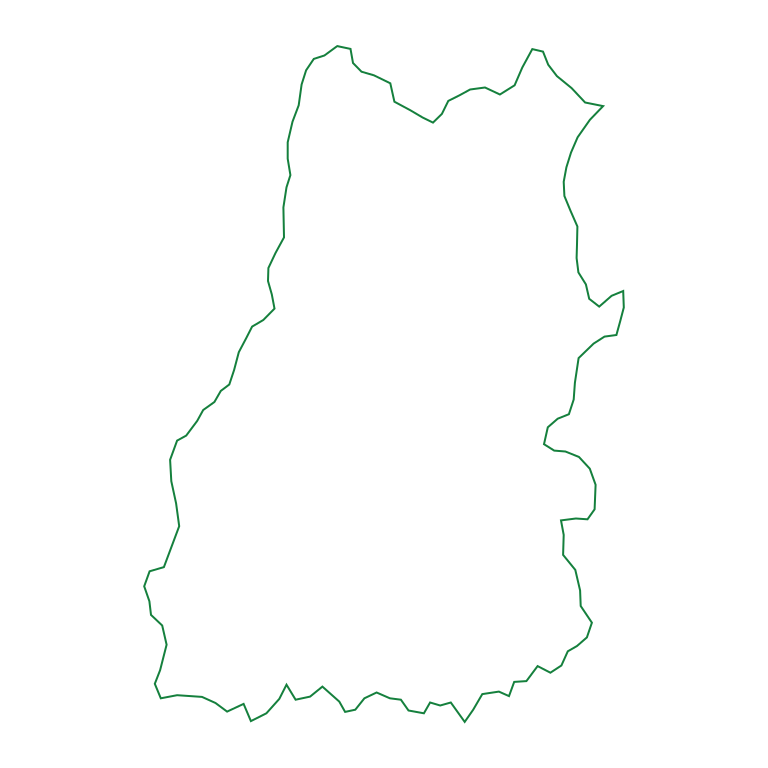 Arceburgo, Minas Gerais, Brazil (Equal Earth projection)
{"feature_id": "56859067B4673789538308", "entity_name": "Arceburgo", "entity_type": "district", "adm_level": 2, "iso_a3": "BRA", "parent_name": "Brazil", "parent_adm1": "Minas Gerais", "projection": "equal_earth", "projection_center": [-46.936, -21.353], "detail": "fine", "context": "isolated", "style": "outline", "palette": "green", "viewbox_px": 768, "rotation_deg": 0, "n_neighbors": 0, "source": "geoboundaries", "source_scale": "gbopen_adm2", "svg_char_len": 1894}
<svg xmlns="http://www.w3.org/2000/svg" viewBox="0 0 768 768"><path d="M603.1,106.1L585.1,102.5L571.6,88.1L556.9,76.1L548.2,64.7L543.0,51.6L532.3,49.1L522.3,67.5L514.6,85.3L499.9,94.5L485.0,87.5L470.1,89.5L459.5,95.3L448.3,100.9L441.9,113.9L433.0,122.6L422.6,117.5L410.4,110.3L394.4,101.7L390.3,83.3L373.9,75.3L361.5,71.7L353.0,63.0L350.5,48.9L337.2,46.1L324.4,55.5L313.8,58.9L306.1,70.3L301.6,84.5L298.7,105.3L292.5,121.7L287.7,142.3L287.7,158.7L290.4,175.1L286.5,187.3L283.4,207.4L284.0,237.4L275.5,253.0L268.4,268.0L268.0,281.0L271.8,294.4L274.5,308.6L263.3,320.0L252.1,326.6L246.3,338.0L238.8,352.2L234.1,370.0L229.3,384.5L220.8,390.9L214.4,402.0L203.2,410.0L197.2,420.9L186.2,435.6L177.1,440.6L170.1,459.8L171.3,481.2L176.1,503.4L179.2,526.2L163.9,567.1L149.6,571.3L144.2,586.3L149.4,601.3L151.0,614.9L162.2,625.5L166.6,644.7L160.1,670.2L154.8,683.8L160.8,698.3L177.1,695.2L202.0,696.9L215.5,703.0L227.1,711.6L243.6,703.9L250.9,721.1L266.4,713.3L279.3,698.9L286.5,684.7L295.6,699.7L310.1,696.6L322.4,686.6L339.3,701.6L345.1,711.9L355.3,709.7L364.4,698.3L376.6,692.5L389.9,698.3L400.9,699.7L408.5,710.5L423.9,713.3L430.1,702.5L440.2,705.5L450.8,702.5L464.7,721.9L473.2,709.7L482.3,694.1L498.9,691.6L509.0,696.1L514.2,681.9L526.4,681.1L537.6,666.1L550.4,672.7L561.4,665.5L567.8,651.3L577.0,646.0L586.9,637.4L591.9,622.7L580.7,606.0L580.1,590.5L575.3,569.9L563.1,554.9L563.7,534.9L561.0,520.4L575.9,518.5L587.5,519.3L594.6,509.3L595.6,484.8L589.8,468.7L579.0,457.0L565.4,451.5L554.2,450.6L544.0,444.2L547.8,427.3L557.7,418.7L568.9,414.2L573.7,399.5L574.9,382.8L578.6,358.1L593.6,343.6L604.5,336.6L616.4,335.0L620.1,321.6L623.8,307.5L623.2,291.0L611.6,295.8L599.2,306.6L589.2,298.8L585.9,284.4L578.4,272.4L576.6,258.0L577.0,244.3L577.4,226.5L570.6,211.0L564.4,196.0L563.7,181.8L566.4,167.3L571.0,152.6L577.6,137.3L589.9,119.8L603.1,106.1Z" fill="none" stroke="#15803d" stroke-width="2"/></svg>